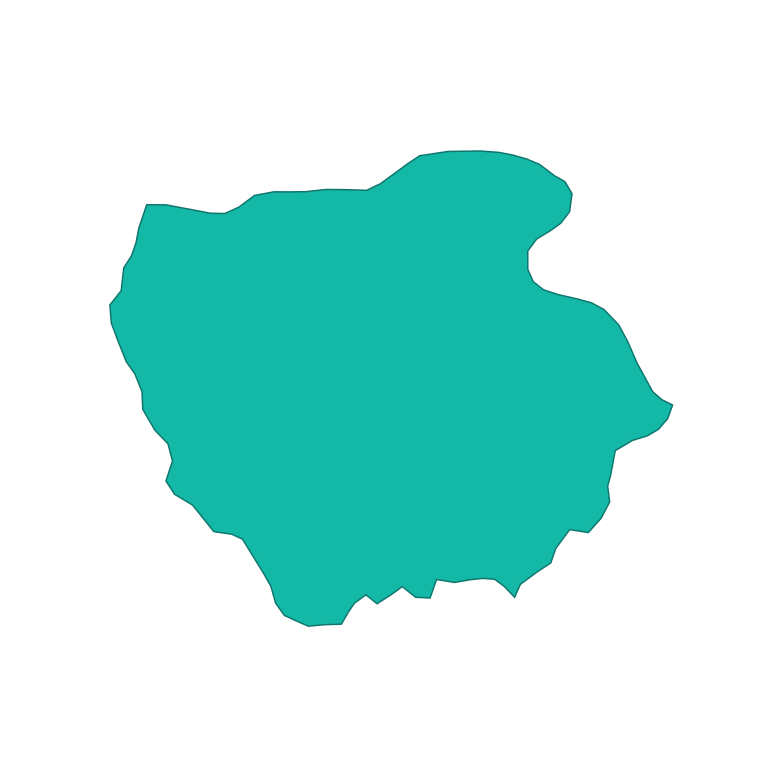 Itapuí, São Paulo, Brazil, rotated 104°
{"feature_id": "56859067B79816747151857", "entity_name": "Itapuí", "entity_type": "district", "adm_level": 2, "iso_a3": "BRA", "parent_name": "Brazil", "parent_adm1": "São Paulo", "projection": "robinson", "projection_center": [-48.701, -22.25], "detail": "fine", "context": "isolated", "style": "filled", "palette": "teal", "viewbox_px": 768, "rotation_deg": 104, "n_neighbors": 0, "source": "geoboundaries", "source_scale": "gbopen_adm2", "svg_char_len": 1393}
<svg xmlns="http://www.w3.org/2000/svg" viewBox="0 0 768 768"><g transform="rotate(104 384 384)"><path d="M334.6,98.9L332.0,110.7L326.4,121.5L302.5,143.5L284.1,157.6L269.8,170.6L258.6,188.4L255.1,201.9L254.7,215.5L255.1,236.6L254.0,252.1L248.6,263.9L238.0,272.2L220.2,276.7L206.3,270.9L195.3,259.9L185.1,251.3L171.9,245.6L153.9,247.6L143.9,257.4L140.7,268.9L133.3,286.2L131.2,299.7L130.7,314.5L131.4,328.1L134.6,346.9L142.9,378.2L153.9,404.6L164.5,414.3L190.3,435.7L200.3,447.7L204.6,467.8L209.2,487.1L216.3,506.4L220.9,523.9L224.1,537.2L232.4,555.3L247.5,567.6L257.1,579.8L260.3,593.9L262.9,639.0L267.5,657.6L291.9,659.6L307.1,658.8L321.0,660.1L334.2,664.6L357.1,661.6L373.6,669.1L390.9,663.3L407.6,651.8L424.7,639.5L434.7,628.0L449.9,617.0L467.0,611.9L484.3,595.1L494.3,579.1L509.9,570.6L530.9,572.1L541.7,560.5L547.8,540.5L568.4,513.4L566.6,495.3L568.8,483.8L597.2,454.7L607.8,444.7L622.8,436.2L632.7,424.6L635.1,411.8L637.3,398.8L632.1,384.0L627.3,367.2L613.9,363.4L603.9,359.7L592.9,350.6L598.9,337.6L586.1,325.6L576.2,317.3L583.3,301.7L580.5,287.5L561.0,285.7L559.5,267.6L553.2,253.4L548.7,241.1L546.7,229.5L551.1,218.7L559.3,205.7L545.4,203.2L529.8,190.4L517.3,178.9L502.1,177.6L480.4,168.6L478.7,149.8L461.6,140.8L443.8,136.5L428.9,142.3L418.2,142.0L392.7,143.5L378.6,129.2L370.4,115.7L361.5,106.7L349.1,100.4L334.6,98.9Z" fill="#14b8a6" stroke="#0f766e" stroke-width="1.5"/></g></svg>